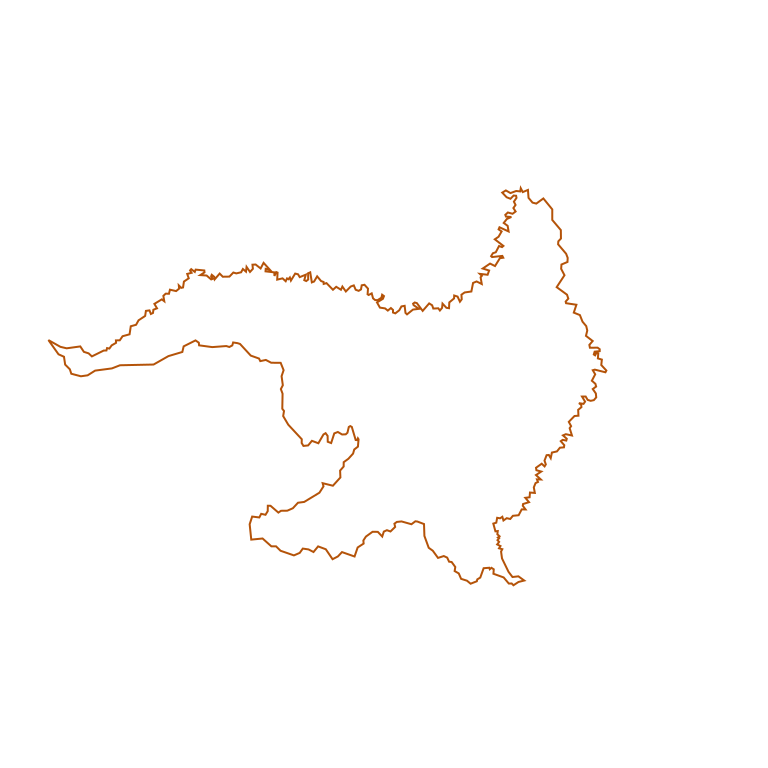 the district of Matsoku, Leribe, Lesotho, rotated 232°
{"feature_id": "5366337B96273842849421", "entity_name": "Matsoku", "entity_type": "district", "adm_level": 2, "iso_a3": "LSO", "parent_name": "Lesotho", "parent_adm1": "Leribe", "projection": "orthographic", "projection_center": [28.558, -29.136], "detail": "fine", "context": "isolated", "style": "outline", "palette": "amber", "viewbox_px": 768, "rotation_deg": 232, "n_neighbors": 0, "source": "geoboundaries", "source_scale": "gbopen_adm2", "svg_char_len": 6166}
<svg xmlns="http://www.w3.org/2000/svg" viewBox="0 0 768 768"><g transform="rotate(232 384 384)"><path d="M408.6,525.8L402.6,522.6L407.8,520.1L408.8,516.4L403.1,509.8L406.5,503.9L406.7,500.0L402.9,497.4L402.1,494.5L407.6,495.8L410.5,493.8L408.3,491.9L408.1,485.7L403.7,481.9L405.6,480.1L411.3,479.6L408.2,476.6L407.5,473.3L410.2,473.4L413.1,469.3L416.4,470.4L419.7,469.2L417.8,459.5L427.5,459.7L429.3,458.4L429.4,456.4L427.9,455.9L421.7,457.8L424.8,452.7L424.7,445.0L426.8,444.7L432.9,448.4L434.4,445.5L432.7,441.4L432.7,436.4L434.8,435.1L436.8,436.7L439.6,436.2L439.5,432.2L442.9,431.4L446.7,427.8L452.6,428.7L451.8,435.6L453.3,438.1L455.5,437.5L453.6,435.1L454.0,430.6L455.6,428.7L458.2,428.1L463.0,430.1L463.6,426.7L464.8,426.3L469.0,430.1L474.2,429.7L475.5,427.2L472.7,424.1L473.0,421.4L475.7,419.7L480.3,420.9L481.3,417.8L480.4,410.9L486.4,411.2L484.8,408.1L490.0,406.2L489.7,401.8L498.9,400.8L500.0,398.1L501.6,399.2L503.9,397.8L510.0,397.6L507.8,392.0L508.5,389.7L517.4,394.6L518.0,392.4L513.0,388.6L513.0,386.1L514.9,385.1L518.3,389.7L520.1,383.4L523.4,383.8L525.7,382.0L522.8,374.3L525.9,375.4L525.4,373.2L526.9,372.6L525.5,369.8L529.7,369.1L532.0,364.1L537.3,368.7L538.5,368.0L536.6,364.2L539.5,366.3L545.7,360.0L547.6,361.7L544.0,364.4L553.6,363.7L551.0,357.9L557.2,356.4L559.0,353.8L555.5,351.6L554.8,347.4L560.9,347.8L557.5,344.4L561.5,343.6L560.0,340.2L562.1,335.7L564.6,333.9L563.8,328.3L567.8,323.0L572.2,322.5L570.7,315.0L573.0,316.2L576.1,315.5L575.3,314.1L572.3,313.8L572.8,312.2L578.7,311.0L582.9,306.3L582.5,311.3L584.1,312.3L590.1,306.0L588.8,303.9L593.2,302.8L592.9,301.1L590.1,300.8L591.9,296.7L587.5,295.2L587.9,289.4L583.8,285.1L584.6,283.4L588.0,283.0L585.3,281.3L585.2,277.4L590.1,273.4L587.5,270.1L589.6,267.6L589.3,264.4L584.5,261.8L587.5,261.0L588.5,252.4L583.4,251.7L584.5,248.0L582.2,245.7L582.7,243.4L586.4,244.5L588.2,241.4L584.7,237.7L585.3,229.8L583.3,225.1L585.4,220.0L579.8,214.1L582.6,207.4L581.1,202.7L583.4,199.6L581.4,198.2L582.1,193.2L581.0,189.4L582.8,187.9L581.3,185.9L582.9,183.8L585.6,170.8L590.0,170.1L594.1,167.3L600.6,167.8L607.5,155.9L612.5,151.9L625.2,146.6L607.8,145.8L602.5,148.6L595.6,144.7L589.0,145.5L584.6,143.9L576.7,149.9L573.3,155.8L572.4,164.6L563.8,179.2L561.3,187.5L541.2,214.4L538.7,231.3L533.4,244.8L537.0,249.3L534.4,262.3L530.6,263.5L528.3,262.1L518.8,271.4L511.0,283.1L508.4,284.9L507.8,288.2L509.6,290.7L506.4,293.7L504.2,295.2L488.4,296.5L481.0,301.2L478.2,300.6L475.7,305.7L470.2,308.2L464.3,315.6L456.7,313.4L453.2,308.1L445.3,303.5L443.5,299.6L438.8,298.1L427.1,288.6L424.3,288.6L420.8,284.8L410.9,283.5L391.1,285.2L388.2,282.8L384.8,282.4L382.3,286.4L383.6,292.2L377.7,295.8L381.5,305.2L381.2,307.7L377.8,307.6L373.1,304.1L370.0,306.0L375.7,314.4L374.6,318.1L370.0,319.9L367.9,322.9L368.1,325.2L371.8,329.8L371.6,331.5L370.0,332.2L357.3,327.2L356.3,328.3L357.3,330.0L356.1,329.9L350.7,324.9L350.7,320.2L348.2,316.8L347.0,309.9L347.2,304.1L343.8,301.4L342.8,296.1L337.2,292.1L335.3,281.1L343.6,274.6L340.6,273.3L338.1,266.2L340.2,248.5L343.4,243.1L342.2,235.7L343.7,229.8L347.5,224.8L347.7,221.6L357.9,219.6L359.6,217.5L355.4,214.1L353.9,210.1L357.3,207.3L355.6,203.6L360.7,198.5L356.2,191.8L343.1,183.6L337.0,193.2L325.4,195.3L322.5,199.0L316.3,199.8L304.4,207.5L302.8,213.6L304.3,218.7L300.1,222.7L295.0,225.0L296.6,232.1L289.6,236.4L277.6,235.6L276.5,241.5L277.4,247.4L266.2,254.6L271.4,262.6L270.8,269.7L273.4,271.4L274.9,275.8L274.6,284.0L271.3,288.1L264.9,288.7L267.8,293.0L267.0,296.3L263.8,298.3L264.5,304.8L267.5,306.2L267.4,309.2L264.9,313.2L256.6,319.3L256.5,324.2L255.1,325.6L249.0,329.3L239.4,322.3L227.4,318.4L222.6,319.8L213.7,319.5L211.6,325.2L208.3,326.9L203.9,325.9L202.1,327.7L195.9,327.5L193.1,324.5L188.7,326.3L183.0,324.8L177.9,328.3L173.3,329.3L171.4,335.7L172.6,337.2L172.2,340.7L177.5,349.1L174.4,353.8L172.9,353.3L173.0,355.5L170.4,356.4L167.1,353.4L157.9,359.2L149.9,359.5L148.2,361.8L145.7,362.1L145.2,368.1L142.8,373.5L149.7,371.5L152.8,366.4L159.4,366.5L173.9,369.6L179.9,373.1L181.0,375.5L183.7,373.5L184.6,376.0L187.9,374.4L188.7,377.5L191.1,377.3L191.6,379.8L192.9,379.3L192.9,381.3L195.8,380.8L198.1,383.1L199.3,381.1L206.7,384.2L205.6,387.1L208.9,390.8L206.7,392.8L206.5,395.5L202.9,394.1L202.7,398.1L199.9,400.4L200.8,404.4L197.7,409.3L200.4,415.3L198.0,418.3L202.6,418.4L203.8,419.7L201.6,425.5L207.3,425.3L205.1,429.0L208.6,432.2L205.3,435.8L210.3,438.4L212.6,442.4L212.0,445.0L214.7,445.8L212.2,448.8L218.7,447.7L218.2,454.0L222.2,451.0L224.4,452.2L224.1,459.2L220.2,459.8L221.0,462.0L224.8,463.3L227.8,468.3L226.6,470.2L222.9,469.7L226.6,474.1L224.4,478.8L225.5,483.4L223.3,486.8L224.8,488.4L230.1,488.1L230.0,490.4L227.2,492.8L228.3,494.3L233.3,493.4L232.5,496.4L227.7,500.4L234.9,503.1L235.6,505.5L240.4,506.3L241.5,514.4L239.3,517.7L244.1,521.1L244.2,525.3L246.2,526.6L248.9,525.8L245.5,529.0L246.3,531.6L252.2,532.3L250.0,535.2L246.1,534.7L243.5,536.5L242.1,539.4L242.8,543.0L246.1,545.1L251.5,545.4L251.4,549.6L254.0,550.7L258.6,549.8L261.6,556.4L266.3,557.0L265.5,559.0L256.9,565.7L257.7,567.5L265.2,566.9L269.1,570.7L272.5,568.3L276.2,571.7L277.7,570.5L276.6,568.0L278.1,567.5L279.8,569.9L277.1,574.2L278.6,575.4L281.1,574.7L285.8,568.6L288.4,569.9L289.4,574.9L297.6,572.8L301.0,577.1L305.1,579.0L310.9,578.8L317.7,580.8L323.4,577.5L328.0,584.4L335.6,577.2L337.1,577.9L337.8,581.8L341.7,583.2L354.0,579.7L358.6,593.2L365.7,594.5L368.9,597.4L367.2,603.7L370.3,606.4L374.5,607.7L386.9,607.2L389.1,609.2L389.7,613.0L396.4,618.1L409.7,617.6L418.0,624.1L432.1,623.8L432.4,615.1L435.5,612.7L441.7,612.5L448.3,616.9L449.8,611.5L454.1,612.3L451.9,609.9L454.7,607.0L456.6,601.2L461.5,599.2L462.0,595.0L455.7,595.6L452.1,597.7L452.7,602.2L451.0,604.0L449.1,603.0L447.7,598.6L444.1,597.9L443.0,594.3L438.9,593.9L439.0,590.1L442.9,587.2L442.6,583.7L440.8,583.2L437.2,587.2L438.4,582.4L437.2,577.5L432.5,578.8L427.5,576.1L436.4,571.5L435.3,569.5L431.8,570.6L429.5,564.9L429.8,560.4L419.3,563.1L419.2,561.3L421.9,559.6L419.0,553.2L420.0,550.3L418.8,547.1L417.5,547.3L412.1,556.1L410.1,555.7L411.8,552.8L408.6,544.1L413.6,541.7L414.2,532.9L408.7,536.7L406.3,532.9L411.8,527.3L409.0,527.7L408.6,525.8Z" fill="none" stroke="#b45309" stroke-width="2"/></g></svg>